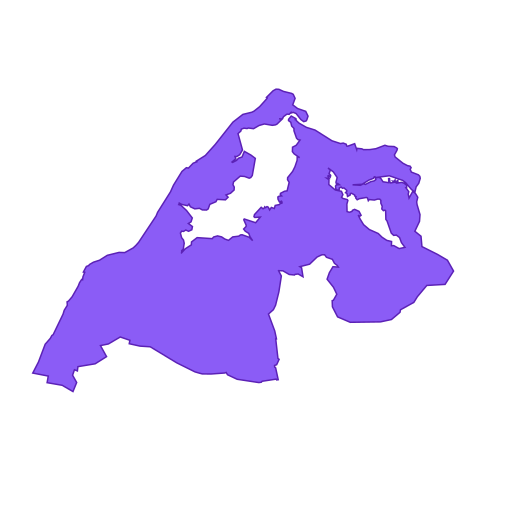 Greater Monrovia, Montserrado, Liberia (Robinson projection), rotated 101°
{"feature_id": "62588387B62702599090886", "entity_name": "Greater Monrovia", "entity_type": "district", "adm_level": 2, "iso_a3": "LBR", "parent_name": "Liberia", "parent_adm1": "Montserrado", "projection": "robinson", "projection_center": [-10.758, 6.319], "detail": "fine", "context": "isolated", "style": "filled", "palette": "violet", "viewbox_px": 512, "rotation_deg": 101, "n_neighbors": 0, "source": "geoboundaries", "source_scale": "gbopen_adm2", "svg_char_len": 6152}
<svg xmlns="http://www.w3.org/2000/svg" viewBox="0 0 512 512"><g transform="rotate(101 256 256)"><path d="M252.3,82.7L247.8,65.0L233.1,59.2L223.6,67.3L219.8,78.1L215.1,94.9L205.1,97.8L201.4,104.8L190.8,102.1L184.1,102.9L174.6,107.8L172.2,108.6L167.5,108.4L164.0,111.6L162.8,114.5L169.9,116.8L166.2,118.4L163.7,118.3L160.4,121.9L160.1,121.2L157.8,121.6L156.3,124.5L155.9,126.9L157.2,130.6L154.8,131.2L155.5,132.0L157.5,132.0L157.1,133.3L154.9,134.0L156.2,134.6L156.4,136.0L157.3,134.5L158.6,137.7L157.5,138.9L154.5,139.7L154.7,140.6L158.7,139.6L158.9,145.5L156.1,148.2L155.3,150.2L156.5,153.8L158.1,152.9L159.9,154.6L161.0,157.3L164.9,162.3L164.5,164.1L166.7,167.0L167.7,174.8L165.3,165.5L159.9,159.6L157.4,155.6L155.8,155.0L155.5,154.4L156.2,153.7L151.8,140.4L153.8,126.4L155.4,123.2L161.2,115.9L162.8,112.2L157.6,112.0L153.5,110.1L148.4,109.6L146.5,110.4L145.3,112.1L144.0,119.5L141.5,121.2L139.7,120.6L138.4,121.9L138.4,124.5L136.9,129.5L132.2,138.4L130.3,139.4L125.4,137.8L123.7,137.7L123.1,138.5L122.2,141.3L123.1,147.3L122.7,150.6L127.8,158.8L129.8,164.5L131.1,170.8L130.6,172.5L131.0,177.4L132.4,177.4L126.9,180.6L130.7,186.9L130.7,188.0L129.1,188.7L128.5,191.9L129.5,194.5L128.4,203.4L121.1,222.1L120.1,231.1L117.4,239.0L115.3,242.4L114.2,242.8L114.4,243.4L113.5,243.2L111.9,248.1L115.6,250.1L116.9,249.9L118.1,247.4L121.6,245.8L123.5,243.1L125.9,242.6L132.6,238.7L133.8,237.0L133.8,234.9L139.7,237.7L142.2,240.9L146.6,240.2L148.5,238.0L151.1,231.9L150.7,234.5L154.2,233.9L160.9,234.8L166.0,236.2L173.0,239.9L175.1,239.6L177.4,237.5L186.1,237.9L187.0,240.4L189.8,243.9L191.0,243.9L192.1,242.3L192.9,244.8L193.9,245.8L196.1,245.2L198.3,243.5L198.5,242.9L197.4,241.7L197.1,240.9L198.5,242.1L198.4,240.7L199.3,240.7L199.8,242.2L201.0,242.8L202.7,246.8L205.9,247.1L205.4,250.2L208.2,251.4L205.8,253.2L205.4,254.6L206.7,255.9L206.1,256.8L207.2,257.0L208.3,258.1L207.2,260.2L215.6,265.4L217.8,265.5L218.4,264.5L217.0,259.2L223.4,262.7L221.9,274.6L222.8,274.9L227.7,271.5L229.0,271.4L231.9,273.3L233.7,271.3L235.2,267.4L238.2,265.6L241.6,262.2L238.9,266.2L237.8,273.7L238.3,275.3L239.8,276.7L241.7,282.5L245.9,286.0L245.3,289.8L243.8,293.4L243.6,297.6L245.4,301.2L247.3,302.3L249.2,317.3L254.5,322.0L257.4,321.6L262.4,326.8L267.8,330.1L266.8,329.5L264.9,330.0L263.1,328.7L257.2,328.9L254.2,330.2L252.2,332.5L247.9,334.6L245.8,333.7L245.7,331.8L243.9,329.9L244.6,326.9L242.5,324.0L239.2,324.0L237.0,328.6L234.9,326.3L230.8,325.8L224.5,333.0L220.5,339.5L220.3,341.6L218.9,341.0L218.4,342.2L219.5,338.9L219.7,332.8L217.8,331.7L220.2,329.8L221.4,325.1L220.0,320.6L221.0,317.5L220.3,313.3L218.9,311.9L214.1,311.2L210.4,305.7L207.8,304.9L206.7,296.7L203.6,294.6L201.8,297.1L199.3,293.0L195.4,290.1L192.5,290.5L190.4,292.2L187.6,292.2L180.6,286.7L180.1,282.4L180.9,277.5L180.0,276.1L177.7,275.0L160.3,275.3L157.9,280.2L155.5,287.4L161.5,288.6L163.3,291.8L165.9,293.4L168.6,296.8L168.3,297.5L164.4,294.4L162.3,295.6L162.0,293.8L159.7,291.3L154.5,289.5L139.3,297.0L136.2,294.7L134.3,294.6L132.8,292.2L132.6,289.1L131.8,287.9L131.5,282.7L127.3,277.9L124.8,273.0L124.6,264.9L123.6,262.0L122.6,260.6L116.7,256.5L116.9,259.6L116.5,256.5L113.9,255.5L111.8,253.6L110.8,252.6L110.6,250.5L108.6,249.2L109.1,249.1L107.9,246.9L108.5,243.8L113.5,238.0L115.0,234.8L113.9,232.6L112.7,232.1L108.8,231.6L104.5,234.8L103.3,243.3L100.6,248.8L93.8,247.7L90.2,250.3L89.6,252.0L89.2,260.4L88.0,265.3L88.4,268.2L90.6,270.8L98.3,276.0L98.7,275.1L99.5,275.4L108.7,280.9L114.1,285.5L115.6,287.4L119.5,295.9L129.0,304.2L154.3,317.3L167.0,324.9L174.3,332.7L174.8,332.1L176.9,335.4L182.6,339.1L182.6,341.2L187.1,344.8L202.2,350.5L209.4,352.2L231.8,360.9L235.8,361.7L264.9,373.8L268.5,375.9L271.5,378.1L277.7,385.5L278.6,391.1L283.7,402.1L290.0,408.8L293.1,414.4L296.1,417.8L297.4,418.5L298.6,420.5L304.7,422.4L304.7,421.0L309.4,421.9L312.4,421.7L312.2,422.6L315.8,424.1L319.6,424.8L331.1,428.7L336.1,431.5L337.0,432.7L340.4,431.8L345.9,433.9L349.9,434.3L371.9,440.1L373.0,441.2L376.1,442.2L382.8,446.1L401.5,449.3L413.5,452.8L413.5,437.0L420.2,436.9L419.9,421.6L424.0,409.8L414.4,407.9L408.0,413.3L402.3,412.5L402.9,409.4L398.6,409.7L392.5,393.3L383.3,383.5L373.6,391.6L370.5,384.1L361.4,373.8L362.8,363.7L366.3,363.7L366.6,352.7L365.3,342.5L376.0,313.4L381.4,293.8L381.8,289.4L382.0,286.3L380.4,277.6L376.8,264.3L376.0,263.1L378.0,261.3L380.6,251.0L379.7,229.0L378.9,226.7L377.8,226.1L373.0,212.7L373.7,212.1L373.2,210.6L362.0,215.4L361.5,216.5L359.9,216.9L358.8,215.0L353.0,213.6L352.4,214.9L333.7,220.8L333.5,220.1L326.0,223.3L310.6,232.7L305.4,228.7L300.6,227.4L287.0,226.7L286.9,226.1L286.9,226.7L270.8,227.3L265.6,231.5L266.1,231.0L265.4,226.8L267.8,219.9L267.3,214.6L266.6,214.2L265.6,211.2L267.4,205.9L258.9,209.0L258.1,210.9L253.8,201.8L245.3,195.8L242.2,191.5L241.7,188.9L243.8,186.6L244.7,180.4L248.2,177.6L249.8,174.4L251.2,173.1L251.8,178.4L258.4,180.8L265.2,181.8L271.9,174.0L278.1,169.4L284.7,171.6L285.3,172.7L291.3,171.3L300.2,164.3L303.1,150.9L296.9,121.2L292.5,110.9L283.8,103.9L281.2,103.9L271.4,92.2L265.1,89.8L252.3,82.7ZM187.7,176.7L183.9,176.4L183.2,177.2L182.9,181.7L182.1,183.2L179.2,182.4L176.2,184.5L176.1,190.7L172.0,198.1L167.2,198.9L166.1,201.4L165.8,198.9L163.8,200.7L163.2,200.2L164.2,198.1L162.6,198.1L161.1,200.0L157.6,199.4L155.8,202.1L158.7,196.1L163.5,191.3L168.3,191.6L169.7,190.9L169.2,189.7L170.1,187.8L170.9,190.7L172.2,191.3L175.1,190.4L175.7,188.9L175.4,187.0L173.3,187.2L172.1,185.6L173.0,184.1L172.4,182.6L174.2,179.5L175.0,179.2L176.8,180.2L177.2,178.7L180.1,177.5L178.2,175.2L176.6,175.2L176.2,174.2L177.3,170.8L178.2,170.6L178.7,169.1L179.9,169.3L181.5,167.4L180.1,165.6L177.5,158.9L177.7,157.7L180.3,156.3L179.0,155.6L178.5,150.5L176.9,147.4L176.6,145.3L177.5,144.1L180.4,143.5L183.1,141.6L185.8,141.5L187.2,139.6L186.4,138.2L186.8,137.4L195.3,135.5L196.7,134.0L207.7,127.6L209.5,124.8L208.7,122.2L210.5,118.6L215.1,115.8L219.1,111.4L221.4,116.9L219.5,122.8L220.1,125.0L215.9,125.7L215.7,130.6L213.5,135.9L210.6,140.3L208.4,149.8L204.7,156.4L200.0,160.7L196.3,163.5L197.3,161.8L196.0,160.6L192.5,163.4L191.4,168.1L192.7,170.0L193.9,170.3L195.3,172.7L195.0,175.1L187.7,176.7Z" fill="#8b5cf6" stroke="#5b21b6" stroke-width="1.5"/></g></svg>